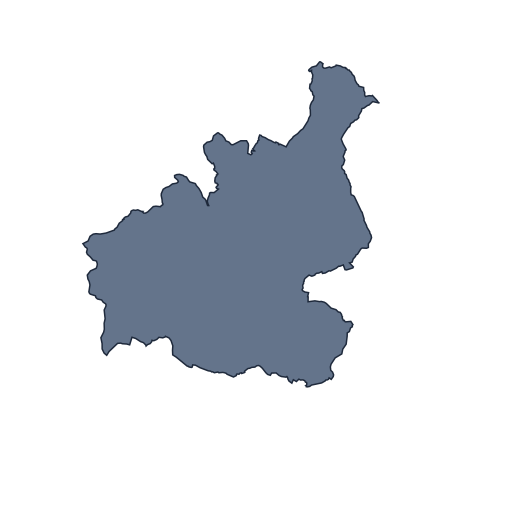 outline of Buciumi, Salaj, Romania, rotated 153°
{"feature_id": "2599482B81271607530384", "entity_name": "Buciumi", "entity_type": "district", "adm_level": 2, "iso_a3": "ROU", "parent_name": "Romania", "parent_adm1": "Salaj", "projection": "mercator", "projection_center": [23.014, 47.038], "detail": "fine", "context": "isolated", "style": "filled", "palette": "slate", "viewbox_px": 512, "rotation_deg": 153, "n_neighbors": 0, "source": "geoboundaries", "source_scale": "gbopen_adm2", "svg_char_len": 6135}
<svg xmlns="http://www.w3.org/2000/svg" viewBox="0 0 512 512"><g transform="rotate(153 256 256)"><path d="M404.6,345.6L404.0,341.3L403.2,340.2L403.1,338.8L405.3,336.3L405.5,334.1L404.1,330.6L403.1,326.2L400.9,324.5L400.5,323.5L401.0,320.9L402.4,319.0L404.0,317.6L410.2,317.9L415.0,315.6L416.2,311.8L416.2,309.0L417.1,305.6L421.2,299.9L421.3,298.1L420.8,297.1L417.1,293.4L417.5,291.7L416.8,289.7L413.5,286.9L413.1,284.1L411.7,281.7L411.8,280.5L412.6,279.3L415.8,276.8L418.9,268.6L421.8,265.1L424.4,259.6L426.3,257.3L431.3,253.6L432.9,247.8L435.3,243.0L435.4,238.4L434.1,235.3L430.3,237.6L419.0,241.0L416.1,239.8L414.9,238.5L411.2,236.3L408.9,234.2L403.4,239.9L400.6,237.1L397.7,232.1L395.6,229.9L394.6,226.7L394.8,225.7L392.9,226.3L390.1,226.0L387.8,227.0L387.0,228.1L385.5,226.9L382.2,226.7L379.4,227.6L376.2,225.4L373.4,225.1L373.1,225.5L370.7,222.5L370.1,219.3L370.9,213.7L373.1,210.1L375.1,205.7L373.0,202.1L367.3,189.1L366.4,188.5L366.4,188.0L365.3,186.9L364.1,186.0L363.2,186.0L361.9,187.7L359.5,186.2L356.6,181.9L350.7,175.4L348.7,174.0L348.1,172.8L347.3,172.6L346.1,170.9L342.6,169.9L342.1,168.8L338.5,167.4L337.2,166.4L335.8,165.0L335.5,163.8L331.0,158.4L327.8,158.4L327.1,159.4L326.5,159.5L324.8,158.4L323.4,158.9L322.1,158.6L322.1,157.8L319.4,157.4L318.7,157.5L318.6,158.5L314.3,159.4L312.5,158.8L310.3,158.7L307.4,157.5L305.2,157.9L303.3,157.2L302.4,156.0L301.3,153.1L300.2,147.4L299.4,145.2L297.4,143.2L295.2,144.6L291.1,142.6L289.7,139.1L288.1,137.1L284.2,134.4L283.2,134.6L283.0,133.5L283.4,131.9L283.4,129.6L281.8,126.4L278.9,128.8L277.0,125.8L273.7,126.8L272.7,125.3L270.4,124.3L269.2,122.8L269.2,121.2L268.4,120.4L268.6,119.4L269.4,118.1L270.5,117.9L270.1,117.4L270.5,116.7L269.7,116.1L267.3,115.4L265.1,115.8L255.1,113.1L251.0,113.3L250.3,113.8L248.4,113.2L247.4,113.3L246.2,114.2L245.0,111.9L241.9,113.5L240.8,114.9L240.5,117.8L241.3,120.2L240.1,123.4L238.3,125.5L231.7,129.3L224.0,129.8L221.0,133.6L215.7,136.5L211.1,143.3L209.6,146.1L207.1,146.3L204.4,149.0L202.3,149.2L201.8,150.4L200.8,150.8L201.2,154.7L206.0,156.6L206.5,157.1L206.6,158.6L207.4,158.8L207.3,161.8L206.6,162.5L206.7,163.9L206.3,165.2L206.6,167.6L208.1,168.8L209.1,171.9L212.7,175.4L214.9,181.8L216.1,183.8L218.5,185.9L220.1,186.5L223.9,189.3L230.4,191.6L228.1,195.9L228.5,196.3L225.8,199.5L228.8,201.7L230.3,204.1L230.1,205.2L228.6,206.1L228.0,208.2L227.1,209.4L226.2,209.7L225.3,211.4L224.5,211.7L224.1,212.6L222.7,213.7L217.4,214.9L215.6,212.8L214.6,212.5L212.2,212.3L211.5,212.9L209.8,213.1L207.8,212.3L204.5,212.2L204.7,210.3L201.9,209.4L197.6,209.7L196.6,208.8L190.0,208.7L187.0,209.4L186.0,208.8L182.3,208.4L182.9,203.4L181.7,202.5L175.1,201.4L174.2,202.1L175.8,207.4L173.1,206.9L170.8,209.2L167.7,210.4L166.3,211.6L164.8,211.5L159.4,214.7L157.8,214.9L154.0,212.7L152.0,212.6L150.3,215.9L147.5,217.3L144.7,219.9L144.0,222.5L144.2,224.5L143.7,226.0L144.1,231.3L143.7,233.0L143.6,239.0L142.9,239.8L141.6,246.8L141.9,248.0L141.4,264.4L142.0,265.8L143.4,267.3L142.8,269.6L140.8,273.5L139.9,274.5L139.9,276.7L139.3,277.9L139.4,280.0L139.0,281.5L139.5,284.1L138.7,287.7L139.6,289.3L138.7,290.9L138.7,292.1L139.6,294.3L139.6,295.6L138.6,297.3L136.7,297.8L133.4,301.2L133.2,304.8L132.7,305.5L129.6,308.1L129.0,309.2L127.5,309.6L127.3,310.6L127.5,316.4L127.0,321.3L126.3,322.2L122.7,324.7L115.7,328.6L113.8,328.8L111.5,331.1L108.1,331.3L106.3,332.1L104.5,331.7L101.6,332.6L100.9,334.4L96.4,337.2L94.7,339.3L92.7,338.8L88.2,339.5L86.8,339.2L81.9,340.6L76.6,336.2L77.3,337.4L77.6,339.8L79.4,346.2L80.2,346.1L82.4,347.5L86.1,348.4L86.1,350.1L84.9,352.3L84.8,354.6L83.6,357.3L87.2,360.5L87.1,362.0L87.8,363.7L87.9,367.6L87.1,370.3L87.0,372.0L87.8,374.1L87.7,376.4L88.4,378.0L88.5,379.3L89.5,379.9L90.0,380.8L90.2,382.3L91.0,382.5L90.9,383.4L92.9,384.6L94.5,387.0L97.9,389.7L98.5,389.1L103.6,389.6L104.7,391.1L108.8,391.8L110.1,392.5L110.7,393.7L110.7,394.5L109.8,396.2L109.0,396.8L110.4,399.7L111.2,400.1L115.9,398.0L120.4,398.9L124.2,398.0L124.9,397.2L124.2,395.9L122.3,396.1L123.0,394.8L123.2,391.6L125.0,388.7L125.6,388.5L126.4,386.5L128.5,384.7L129.5,384.2L129.9,384.5L132.2,381.0L131.9,379.4L132.1,378.3L131.3,376.8L132.1,374.2L132.1,373.3L131.7,372.1L134.1,369.0L136.7,367.7L139.1,365.7L140.9,363.2L141.2,361.7L143.6,356.7L146.3,354.9L148.2,352.9L156.4,348.0L159.3,347.6L163.3,346.1L168.6,345.4L170.0,344.5L174.1,343.2L179.6,339.6L183.7,344.7L185.1,344.7L185.2,345.6L184.7,346.1L186.5,348.5L187.3,348.0L188.5,349.2L190.4,352.1L192.2,354.1L194.1,357.3L196.4,359.7L196.7,361.1L197.8,362.1L200.0,360.0L200.7,359.0L200.7,358.0L202.1,357.8L203.3,356.3L204.9,356.0L208.1,354.1L208.5,353.6L210.2,353.0L210.1,351.8L209.5,350.3L210.3,350.5L211.8,352.0L213.1,350.7L212.9,348.9L214.6,348.5L216.8,351.2L212.4,358.1L211.9,359.7L212.1,363.0L217.3,365.6L226.0,365.6L227.5,366.5L228.4,369.8L230.6,372.3L230.5,375.1L231.4,379.1L232.9,381.1L233.5,382.7L234.4,383.2L239.3,382.3L242.5,378.9L245.2,378.8L247.9,379.6L252.1,378.5L253.1,377.2L254.9,371.7L254.9,369.0L254.6,367.0L255.2,364.0L253.2,358.1L251.8,358.1L252.1,354.6L253.2,352.6L254.1,352.7L254.4,351.6L253.2,349.4L252.7,346.4L254.5,346.1L254.4,345.5L256.8,344.3L258.7,341.5L259.1,339.7L257.7,338.4L257.9,337.8L257.3,337.0L257.7,336.4L260.4,335.4L260.4,334.3L259.1,332.7L264.5,331.5L267.6,333.2L268.8,333.1L269.7,331.6L272.4,329.4L274.5,327.0L275.1,324.5L275.2,322.4L276.0,322.7L276.2,323.3L275.4,328.5L275.5,329.7L276.7,332.7L276.0,337.4L276.2,342.0L277.2,346.0L277.1,347.3L277.3,348.2L281.3,352.0L281.8,353.9L282.1,357.9L283.8,359.6L284.4,361.0L287.1,363.5L289.6,364.5L292.0,364.7L292.8,362.9L291.3,359.2L291.5,357.4L293.6,356.9L297.8,358.2L301.9,357.4L305.2,357.9L308.4,357.6L312.1,354.5L313.0,352.9L314.1,348.9L315.2,346.3L315.3,344.6L315.8,344.0L317.5,343.9L318.7,343.3L322.5,345.8L325.1,346.7L332.5,344.4L335.0,344.4L336.5,345.1L337.2,346.7L336.5,347.0L338.1,348.0L340.3,350.8L342.7,351.4L344.3,352.6L345.8,352.8L347.1,352.6L348.1,351.2L352.1,349.5L354.7,350.1L356.7,349.6L356.9,348.7L358.3,349.1L358.7,348.1L363.0,347.3L366.7,344.7L369.4,344.2L370.5,343.4L379.1,344.5L384.9,346.3L388.4,348.5L391.1,349.4L394.9,348.9L398.8,345.6L404.6,345.6Z" fill="#64748b" stroke="#1e293b" stroke-width="1.5"/></g></svg>